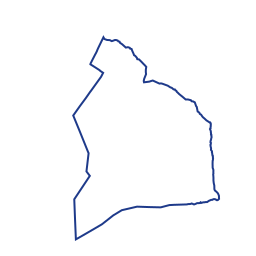 San Andrés Huaxpaltepec, Oaxaca, Mexico (Equal Earth projection), rotated 74°
{"feature_id": "50627088B11126229802740", "entity_name": "San Andrés Huaxpaltepec", "entity_type": "district", "adm_level": 2, "iso_a3": "MEX", "parent_name": "Mexico", "parent_adm1": "Oaxaca", "projection": "equal_earth", "projection_center": [-97.916, 16.341], "detail": "fine", "context": "isolated", "style": "outline", "palette": "blue", "viewbox_px": 256, "rotation_deg": 74, "n_neighbors": 0, "source": "geoboundaries", "source_scale": "gbopen_adm2", "svg_char_len": 2883}
<svg xmlns="http://www.w3.org/2000/svg" viewBox="0 0 256 256"><g transform="rotate(74 128 128)"><path d="M221.2,60.0L219.4,59.6L218.5,59.3L217.8,59.3L216.0,59.5L215.3,59.7L213.6,60.6L212.0,61.7L211.0,61.8L210.4,61.8L209.8,61.6L207.1,60.9L205.1,60.8L204.2,60.7L201.9,60.3L199.5,59.6L197.2,59.1L196.4,59.0L195.7,58.7L195.2,58.4L194.9,58.4L191.9,57.5L190.6,57.5L189.9,57.6L189.3,57.5L189.2,57.5L188.5,57.3L187.0,56.9L186.9,56.9L185.5,56.5L184.2,56.1L182.7,55.6L182.4,55.3L181.9,55.1L181.0,54.8L180.9,54.7L180.2,54.7L179.6,54.4L178.4,54.2L178.4,54.3L178.0,54.4L176.9,54.3L175.1,54.0L174.7,54.1L174.3,53.9L173.5,53.7L173.2,53.8L171.9,54.3L170.9,53.9L170.2,53.7L169.3,53.7L169.1,53.7L168.6,53.7L168.4,53.6L168.0,53.5L167.0,53.5L166.7,53.1L165.9,52.7L165.3,52.5L165.2,52.4L164.5,52.7L164.4,52.7L164.0,52.5L163.2,52.2L162.5,51.7L162.3,51.5L161.4,51.1L160.5,50.6L159.9,50.2L159.6,50.1L158.3,50.1L157.8,49.7L157.0,50.0L156.8,49.9L156.5,49.8L155.8,49.6L155.3,49.6L154.0,49.3L153.9,49.3L153.2,49.3L151.6,49.5L151.2,49.1L151.1,48.8L150.9,48.8L149.6,48.2L148.9,47.9L148.4,47.8L147.8,47.5L147.2,47.4L146.9,47.3L146.6,47.4L146.2,47.2L146.0,47.3L145.6,47.5L145.4,47.5L145.4,47.8L143.2,49.7L142.3,50.5L140.1,51.8L138.3,53.0L137.4,53.4L136.8,53.6L135.4,54.0L134.2,55.1L132.9,55.2L131.3,56.5L126.7,56.1L125.7,56.5L121.8,56.7L120.4,58.1L119.8,59.5L118.6,59.9L117.1,62.5L116.5,64.7L113.3,66.8L109.6,69.4L107.6,70.5L106.7,71.1L105.5,71.3L104.9,72.1L103.9,72.3L103.4,73.6L102.4,74.2L101.4,74.9L100.6,76.1L98.3,78.1L94.8,82.9L94.2,84.0L94.0,85.5L89.2,91.1L89.2,92.9L89.3,94.7L88.5,100.0L87.1,99.9L85.2,98.9L81.2,95.8L79.3,95.5L76.9,94.8L74.3,93.6L72.4,94.5L70.6,95.5L68.1,96.8L65.1,98.5L64.4,100.1L63.0,100.1L60.6,101.2L59.7,102.1L58.1,102.2L55.4,102.6L53.0,102.8L52.3,104.1L51.4,104.2L50.3,105.8L50.1,107.9L45.8,110.6L43.9,112.2L42.7,112.3L42.1,113.4L41.1,113.8L40.2,115.1L39.8,116.3L40.0,118.6L40.0,119.7L38.5,121.3L37.6,123.9L36.0,126.1L34.0,126.6L42.7,134.4L44.7,136.1L45.3,136.5L47.0,138.0L47.9,138.9L48.4,139.4L51.6,142.4L51.9,142.7L55.7,146.2L56.0,146.4L56.4,146.6L58.3,144.9L64.7,139.3L65.4,139.0L68.1,136.7L71.4,139.8L71.7,140.2L76.9,146.8L82.5,153.9L82.5,154.0L87.7,160.4L90.0,163.4L93.6,168.1L95.6,170.6L100.9,177.2L118.0,175.3L140.9,172.9L141.3,172.8L158.3,179.9L163.5,177.9L181.7,199.3L199.2,203.6L220.7,208.8L217.8,197.0L213.4,179.7L207.9,166.2L205.3,156.6L206.1,141.0L209.9,129.3L213.3,118.4L213.5,109.5L214.5,105.1L217.7,92.4L217.7,91.9L217.7,91.3L218.2,89.2L218.2,88.1L218.1,87.7L218.8,86.6L219.4,86.1L219.7,85.3L219.5,83.4L219.3,82.4L219.5,81.3L219.8,80.7L219.9,79.3L219.6,79.0L219.4,78.7L219.6,78.5L220.2,78.3L220.2,77.8L220.2,76.1L220.4,75.3L220.5,75.1L220.6,73.8L220.8,73.1L221.0,72.3L220.3,70.3L220.0,67.9L220.3,66.6L220.2,66.3L220.0,65.9L220.0,65.3L220.3,64.2L220.9,63.3L221.2,63.2L221.9,62.5L222.0,62.1L222.0,61.5L221.2,60.0Z" fill="none" stroke="#1e3a8a" stroke-width="2"/></g></svg>